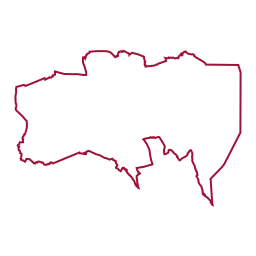 Grue nor, Hedmark, Norway (Mercator projection)
{"feature_id": "86288312B6649018055667", "entity_name": "Grue nor", "entity_type": "district", "adm_level": 2, "iso_a3": "NOR", "parent_name": "Norway", "parent_adm1": "Hedmark", "projection": "mercator", "projection_center": [12.179, 60.414], "detail": "fine", "context": "isolated", "style": "outline", "palette": "rose", "viewbox_px": 256, "rotation_deg": 0, "n_neighbors": 0, "source": "geoboundaries", "source_scale": "gbopen_adm2", "svg_char_len": 5722}
<svg xmlns="http://www.w3.org/2000/svg" viewBox="0 0 256 256"><path d="M25.1,161.7L26.4,158.9L29.6,159.2L33.3,162.6L33.6,162.7L33.6,162.9L34.0,163.2L34.4,163.1L34.5,163.4L35.0,163.5L35.2,162.9L36.0,162.7L36.2,162.2L37.0,162.1L37.3,162.5L38.1,161.7L38.9,161.5L41.1,162.2L41.8,162.7L42.3,162.4L42.7,162.5L43.7,163.8L43.9,164.4L44.8,164.8L46.3,164.6L46.6,164.8L47.4,164.3L48.0,164.3L48.2,163.9L49.2,163.8L49.5,164.0L50.0,163.5L49.9,163.1L50.9,162.8L50.8,162.5L50.8,162.4L51.4,162.4L53.0,163.4L79.4,152.5L79.8,153.4L83.3,153.5L84.8,152.8L84.9,153.7L84.7,154.0L86.0,154.0L86.4,151.8L88.4,150.9L89.2,151.1L90.7,151.6L92.8,152.8L94.6,153.4L95.4,154.0L99.9,155.3L104.5,157.9L105.7,158.0L109.5,159.6L112.4,158.7L112.8,159.3L113.0,159.8L113.7,160.3L114.4,160.3L114.6,160.7L115.8,161.2L115.7,161.8L116.0,162.3L116.0,163.0L116.6,163.9L116.7,164.6L117.3,165.1L117.0,165.3L116.9,165.8L116.0,167.3L116.2,167.8L116.3,167.8L116.3,168.1L117.6,168.5L119.2,170.3L120.8,171.2L122.6,167.8L124.0,167.9L124.2,169.0L124.5,169.1L124.6,169.3L125.0,169.0L125.9,169.3L126.7,169.9L126.8,170.1L126.1,170.7L126.1,171.0L126.3,171.3L126.7,171.3L127.4,172.9L127.8,173.5L128.3,173.6L128.9,174.7L129.6,174.9L129.7,175.3L130.1,175.8L131.0,176.4L131.4,177.1L131.9,177.5L132.6,178.6L132.9,179.7L133.5,180.0L134.6,181.9L134.8,183.0L135.7,184.8L135.7,185.1L136.6,186.3L137.7,186.7L138.1,187.8L138.4,187.9L138.3,187.7L138.4,187.4L137.9,185.9L138.0,185.4L137.5,185.1L137.5,184.4L137.3,184.0L137.5,183.7L137.3,183.5L137.3,182.1L137.2,181.9L137.3,181.3L137.1,180.7L137.1,179.3L136.7,178.1L136.7,175.9L137.8,175.1L138.0,174.3L139.0,174.1L139.9,173.5L138.8,172.3L138.0,171.8L137.9,171.2L137.2,170.2L137.1,169.4L137.2,169.0L137.0,168.9L136.7,168.0L143.9,166.8L152.5,164.3L151.1,160.0L150.3,156.0L149.4,149.7L146.8,144.0L143.8,139.6L143.4,139.4L144.0,138.9L145.5,138.5L146.4,138.5L146.8,138.2L149.1,138.0L149.1,137.8L150.4,137.5L150.7,137.2L151.5,137.8L152.5,137.4L152.5,137.7L153.5,137.8L154.2,137.3L155.2,137.9L158.7,136.9L159.2,137.2L159.8,137.9L163.3,143.5L164.8,146.3L164.6,147.7L163.9,150.4L164.2,153.0L164.5,154.2L166.2,153.8L168.1,152.8L168.5,151.8L168.6,150.4L169.0,149.9L169.9,149.8L170.7,150.2L171.6,150.3L172.4,151.1L172.6,151.6L173.5,152.3L173.5,152.7L174.2,153.4L175.8,154.4L176.6,155.6L177.4,156.4L177.5,156.5L177.1,157.1L178.1,158.5L179.3,159.8L179.3,160.2L179.5,160.4L180.5,159.9L181.4,159.0L183.2,157.7L186.4,156.0L187.6,154.6L187.7,154.1L187.6,153.6L188.0,152.9L188.8,152.3L188.9,151.7L189.5,151.0L189.5,150.8L190.9,150.2L192.2,152.7L192.4,153.9L192.3,154.7L192.4,155.7L192.0,156.7L192.2,157.3L192.2,158.0L192.5,159.1L192.3,159.5L192.2,160.1L192.6,161.9L192.9,162.2L193.4,163.6L194.1,164.6L194.6,165.6L194.9,166.8L194.9,167.4L195.2,168.8L195.8,169.6L196.1,171.1L196.7,171.5L197.2,173.2L197.2,174.4L197.5,174.9L196.6,175.7L196.4,176.2L197.4,177.7L197.8,178.9L198.4,179.7L198.5,180.3L198.3,181.2L199.1,183.5L201.6,186.9L201.8,188.4L202.1,188.7L202.3,189.7L202.8,190.7L202.7,191.0L202.4,191.6L202.7,192.4L203.0,192.9L202.7,193.4L202.8,194.0L203.3,194.6L204.1,194.3L204.2,194.8L204.8,194.7L204.9,195.3L204.7,195.7L204.8,195.9L205.3,195.9L205.9,196.6L207.0,197.2L207.7,197.7L207.9,198.3L208.7,198.8L209.7,200.1L211.0,200.8L211.3,201.2L210.8,201.7L210.6,202.4L211.6,203.0L211.7,204.0L212.2,204.8L212.6,205.0L212.2,202.6L210.6,178.8L221.6,167.5L224.1,164.4L240.4,132.6L240.6,72.4L238.3,65.0L206.0,64.6L205.1,63.1L202.7,61.3L195.8,57.3L194.2,56.1L194.3,55.2L194.0,54.7L193.2,54.7L192.5,54.2L191.4,54.4L188.7,53.9L187.0,53.0L186.2,52.3L185.6,51.4L184.2,51.8L183.9,52.1L183.9,52.4L183.0,52.7L182.5,53.5L182.6,54.1L182.5,54.8L182.2,54.9L181.9,55.4L181.4,55.3L181.5,54.6L181.1,53.7L181.0,53.8L180.4,54.6L180.2,55.4L178.7,56.4L178.5,56.9L178.6,57.3L177.9,57.9L178.0,58.2L175.9,58.1L175.2,58.5L173.1,57.6L171.9,57.9L170.8,57.5L169.3,58.0L168.5,57.5L167.9,58.2L167.2,58.4L165.4,58.0L165.7,58.5L165.8,59.5L165.8,60.2L166.1,61.0L158.2,63.7L157.6,64.5L156.9,64.4L154.6,65.5L146.3,66.5L146.3,65.9L145.8,65.5L145.7,66.2L145.5,66.3L145.2,65.2L144.9,65.2L144.6,64.1L144.8,63.1L145.1,62.7L144.7,61.9L144.7,61.7L145.0,61.5L144.8,61.3L144.8,60.6L144.4,59.8L144.3,58.8L144.0,58.1L143.9,56.7L138.8,54.6L132.2,52.8L131.8,52.9L130.5,54.1L129.8,54.3L129.4,54.1L129.2,54.5L129.0,53.5L125.6,52.0L124.3,51.0L123.7,51.1L123.2,51.7L122.2,51.9L121.8,51.5L121.8,51.2L121.0,51.5L120.5,51.3L119.9,51.6L119.7,51.9L119.3,52.0L119.0,51.9L118.9,52.4L118.3,53.0L117.8,54.3L118.0,55.6L117.8,55.6L117.6,56.3L116.2,56.1L115.7,56.8L115.8,57.2L115.6,57.4L115.8,57.7L115.0,57.1L113.3,55.0L110.4,52.3L108.5,51.6L106.2,51.2L97.9,51.1L89.6,51.7L89.6,52.3L89.2,53.1L87.1,53.9L86.9,54.6L86.7,54.6L86.6,55.0L85.5,56.5L85.7,57.1L85.7,57.4L84.7,57.1L84.6,57.3L84.7,58.3L83.9,57.5L83.1,57.4L83.0,58.1L82.9,59.7L83.1,63.1L84.4,65.8L85.2,69.0L86.3,72.5L86.2,75.0L82.8,74.9L77.0,74.1L73.1,74.2L64.3,74.0L55.0,71.5L55.0,74.7L53.5,75.0L52.9,75.3L52.8,76.5L52.3,76.4L52.3,76.6L50.9,77.7L49.9,77.7L49.5,77.3L45.2,79.7L44.7,78.1L25.4,86.0L24.9,85.3L23.8,84.9L16.3,87.0L16.0,89.8L16.2,92.5L15.4,96.2L15.5,97.0L15.4,98.3L15.6,98.8L15.6,99.5L15.4,99.9L15.5,100.2L15.6,102.1L15.8,102.9L15.7,103.2L15.7,103.5L16.2,104.0L16.4,106.2L16.0,107.5L15.7,107.8L15.8,109.5L16.4,110.5L23.2,116.9L24.2,118.4L26.8,121.2L26.9,127.5L26.5,129.0L25.1,134.0L24.2,134.3L24.0,134.8L24.1,135.0L24.1,135.5L22.9,136.6L22.6,137.2L22.7,137.5L22.7,138.6L23.0,138.9L22.7,139.1L23.0,140.1L22.9,140.8L23.1,142.2L19.7,142.3L19.2,143.6L19.2,144.6L17.9,145.0L17.7,145.3L18.4,146.7L19.1,146.9L18.6,147.6L18.4,148.5L18.6,148.8L18.9,150.3L19.7,150.5L20.0,151.3L20.3,152.2L20.1,153.0L21.5,153.8L21.6,154.4L21.2,156.5L21.3,156.9L21.2,158.1L20.5,158.7L20.4,159.2L20.3,159.4L20.1,159.4L22.9,160.4L25.1,161.7Z" fill="none" stroke="#9f1239" stroke-width="2"/></svg>